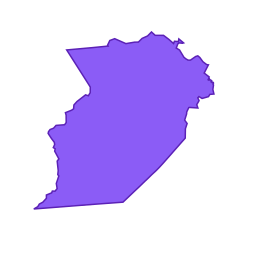 the district of Harris, Texas, United States of America, rotated 282°
{"feature_id": "52423323B68186618035588", "entity_name": "Harris", "entity_type": "district", "adm_level": 2, "iso_a3": "USA", "parent_name": "United States of America", "parent_adm1": "Texas", "projection": "natural_earth1", "projection_center": [-95.269, 29.834], "detail": "fine", "context": "isolated", "style": "filled", "palette": "violet", "viewbox_px": 256, "rotation_deg": 282, "n_neighbors": 0, "source": "geoboundaries", "source_scale": "gbopen_adm2", "svg_char_len": 2055}
<svg xmlns="http://www.w3.org/2000/svg" viewBox="0 0 256 256"><g transform="rotate(282 128 128)"><path d="M58.8,69.4L54.0,71.3L51.0,69.7L50.6,67.1L48.7,66.8L45.5,62.1L42.3,62.8L37.7,60.1L35.2,57.1L32.3,56.1L29.2,52.7L46.4,110.9L54.4,138.5L57.0,140.3L68.4,148.1L72.4,150.9L80.3,156.2L80.5,156.4L83.6,158.5L87.1,160.8L92.8,164.8L97.3,167.6L97.5,167.7L100.2,169.3L102.3,170.5L125.8,183.7L130.0,186.1L139.2,184.3L144.7,184.9L147.5,181.8L153.9,182.4L155.9,182.1L160.6,183.2L160.9,183.9L162.1,192.2L165.1,190.4L169.1,191.7L169.6,191.8L172.0,190.0L173.5,190.9L172.3,194.3L175.4,200.2L177.9,201.1L179.1,205.0L183.3,203.0L187.8,202.7L188.1,202.5L188.3,202.2L188.5,202.1L189.0,202.1L189.3,202.2L189.5,202.3L189.8,202.2L190.1,202.1L190.3,201.9L190.3,201.6L190.1,201.3L189.9,200.9L189.9,200.7L190.0,200.6L190.4,200.4L190.5,200.2L190.4,199.9L190.4,199.7L190.7,199.6L190.9,199.7L191.1,200.0L191.2,200.3L191.3,200.3L191.5,200.2L191.6,199.8L191.7,199.6L192.0,199.3L192.2,198.7L192.2,198.4L192.0,198.1L191.9,197.8L191.9,197.5L191.7,197.1L191.6,196.8L191.7,196.5L192.1,196.3L192.6,196.7L192.7,196.9L192.8,197.3L193.0,197.4L193.3,197.2L193.5,196.9L193.6,196.6L194.2,196.7L194.4,196.7L194.8,196.8L197.6,191.1L206.5,193.5L206.4,192.0L206.4,191.9L206.7,191.1L208.4,187.5L211.9,183.6L213.1,181.3L212.0,179.3L207.3,174.9L206.9,172.6L207.7,170.2L207.8,170.0L208.8,168.0L213.6,163.5L215.0,162.2L216.2,158.6L220.6,159.2L221.9,160.4L222.2,163.6L222.8,164.7L225.7,159.2L223.0,159.3L222.5,155.4L220.1,155.0L223.3,149.3L226.0,143.5L224.3,135.3L226.8,131.0L222.1,128.0L218.6,123.2L214.2,120.3L213.3,116.5L210.1,108.4L212.6,96.4L209.8,92.0L204.8,90.8L204.0,91.5L199.1,76.1L191.6,51.8L173.0,70.1L162.8,80.1L160.2,82.6L154.7,83.7L151.3,82.5L151.6,79.6L143.3,72.6L139.3,70.3L135.4,70.8L133.6,69.0L130.0,63.6L127.7,64.8L120.5,66.4L118.0,65.3L115.6,57.1L112.3,55.2L110.3,52.1L107.9,51.0L106.1,51.0L101.8,55.3L98.7,58.9L97.6,59.3L96.6,59.7L93.3,59.0L92.5,61.1L90.1,61.1L83.4,66.8L80.9,65.6L71.8,68.6L67.8,69.0L66.7,70.3L58.8,69.4Z" fill="#8b5cf6" stroke="#5b21b6" stroke-width="1.5"/></g></svg>